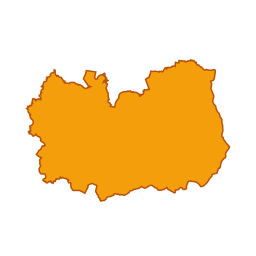 the district of Ixtlahuacán del Río, Jalisco, Mexico, rotated 278°
{"feature_id": "50627088B86535145989584", "entity_name": "Ixtlahuacán del Río", "entity_type": "district", "adm_level": 2, "iso_a3": "MEX", "parent_name": "Mexico", "parent_adm1": "Jalisco", "projection": "mercator", "projection_center": [-103.216, 20.904], "detail": "fine", "context": "isolated", "style": "filled", "palette": "amber", "viewbox_px": 256, "rotation_deg": 278, "n_neighbors": 0, "source": "geoboundaries", "source_scale": "gbopen_adm2", "svg_char_len": 5746}
<svg xmlns="http://www.w3.org/2000/svg" viewBox="0 0 256 256"><g transform="rotate(278 128 128)"><path d="M175.6,46.3L174.9,47.0L173.5,47.1L172.4,46.4L172.4,45.7L171.5,44.4L170.1,43.6L169.3,44.0L167.8,43.0L166.9,40.4L165.6,41.2L164.9,40.3L164.3,40.8L163.4,40.8L162.7,40.1L162.2,38.5L158.5,37.7L156.9,36.5L156.7,37.3L157.1,38.2L155.7,38.0L155.2,38.5L154.8,38.5L154.2,37.4L153.2,36.8L151.1,36.9L151.0,37.2L150.7,36.7L148.8,37.1L148.2,35.6L147.0,36.0L146.5,37.0L145.2,37.7L144.6,37.4L144.0,37.7L143.8,36.6L144.7,35.7L144.1,35.1L143.6,33.8L142.3,33.0L142.3,32.6L143.5,32.2L143.8,31.8L143.6,31.1L143.9,29.9L143.1,29.4L141.6,29.7L140.3,29.2L139.0,30.1L138.4,29.0L138.0,29.0L137.7,29.4L137.2,29.5L136.1,28.0L136.5,27.4L135.5,26.8L135.5,25.8L135.1,25.8L134.4,26.3L133.2,24.9L132.4,26.2L131.7,26.7L130.0,26.8L129.4,27.8L128.3,28.3L127.9,29.6L126.5,29.0L125.2,30.0L124.2,30.0L122.6,32.4L121.6,33.2L118.9,33.4L116.7,31.6L116.7,30.9L116.0,30.5L115.4,30.6L114.9,31.4L113.8,31.1L113.3,31.7L112.2,31.4L111.5,32.1L110.9,31.5L110.9,31.0L110.3,31.4L109.8,31.3L110.1,30.2L108.6,31.0L108.4,33.5L107.0,34.7L106.8,35.6L108.2,37.3L109.1,37.7L107.7,38.8L107.1,40.0L106.9,41.7L106.5,42.1L104.7,43.3L103.6,43.0L102.9,43.6L101.4,46.8L99.7,48.2L98.7,47.9L98.6,46.5L98.0,45.5L94.8,44.6L93.1,42.7L92.0,42.5L89.1,40.9L87.6,43.1L86.4,46.5L85.7,46.1L85.1,45.3L83.8,44.9L82.1,45.6L80.9,45.5L79.9,45.8L78.9,46.8L75.5,45.7L72.9,46.1L70.7,47.7L70.5,48.6L70.9,51.6L70.7,52.1L69.6,53.0L67.7,53.4L66.8,53.1L65.5,51.2L64.4,51.1L64.0,51.9L63.6,52.1L63.7,53.0L63.2,53.3L63.4,53.7L63.1,54.2L62.4,54.5L62.4,55.7L64.2,57.4L64.0,58.2L64.6,58.8L63.7,59.1L63.7,60.2L63.1,60.3L63.3,60.7L62.8,61.5L65.3,62.3L65.1,63.4L66.4,63.5L67.6,64.0L67.3,64.7L68.0,65.5L67.8,66.8L68.6,67.3L68.7,67.6L69.6,67.7L69.2,68.2L69.6,68.4L69.1,69.3L70.0,69.7L69.3,71.7L69.3,73.8L68.8,74.5L68.9,75.2L68.4,76.3L67.7,76.3L67.4,75.8L66.1,76.4L65.5,76.8L65.7,78.8L61.2,79.9L58.7,82.0L58.5,82.6L59.4,88.4L58.5,91.7L57.3,94.3L62.7,96.2L63.5,96.2L64.1,96.7L65.6,96.3L66.9,97.9L68.1,100.2L68.2,100.8L67.5,102.0L66.8,105.0L65.7,105.2L61.4,104.8L60.1,105.1L59.4,106.1L58.2,106.4L57.3,107.8L55.3,108.3L54.4,109.8L53.2,110.1L51.9,111.1L52.8,113.7L52.9,114.6L54.4,116.0L56.7,117.1L57.9,120.5L59.1,122.3L59.1,123.0L59.5,123.3L60.5,123.2L61.1,123.8L60.8,126.8L61.3,127.5L60.5,129.2L61.2,131.0L60.8,133.2L61.2,134.4L64.4,138.2L65.1,138.3L66.1,138.9L66.5,140.5L67.9,142.3L70.0,147.5L72.0,149.5L70.8,152.3L70.9,153.0L71.1,153.9L74.0,157.4L74.5,159.0L74.5,159.9L72.7,163.1L72.4,165.1L71.1,165.9L70.6,167.0L71.1,169.8L72.2,171.3L72.0,172.1L74.4,174.6L74.5,174.9L72.9,175.9L70.2,183.2L71.0,183.8L73.1,183.6L74.0,186.5L75.8,187.6L76.4,188.6L76.2,189.9L74.8,191.1L75.0,192.5L75.7,194.0L76.5,194.3L78.3,194.0L80.9,194.4L83.3,195.2L83.9,195.9L84.2,197.3L84.0,199.2L84.2,200.4L83.8,203.4L82.4,205.9L80.1,208.2L80.4,209.6L81.1,210.3L81.5,211.2L85.1,214.0L90.2,216.4L91.7,217.7L93.2,217.8L94.0,218.2L95.6,222.3L100.7,223.2L100.7,224.1L101.9,224.8L107.1,225.0L109.2,226.0L111.2,227.3L111.9,228.3L113.0,228.8L116.6,228.1L122.5,231.0L123.6,231.1L126.9,227.2L130.1,224.2L131.7,223.7L132.6,222.3L133.7,221.9L135.7,221.9L138.1,222.4L144.2,221.2L146.7,220.1L149.5,219.8L152.1,217.6L155.2,216.2L155.8,215.1L158.4,213.0L162.0,211.7L163.5,209.7L165.9,208.2L169.2,208.3L170.5,208.7L171.8,208.4L178.6,204.6L183.0,204.8L184.1,204.4L185.5,203.4L186.3,203.7L187.0,205.8L189.0,206.6L196.0,206.6L197.7,206.0L197.8,205.1L196.7,202.3L196.5,200.3L196.9,197.6L196.2,196.7L196.0,195.7L196.2,195.1L198.4,192.5L199.2,190.2L200.2,189.3L200.1,187.5L201.3,186.8L202.2,186.6L202.1,186.0L202.6,185.9L202.5,185.3L204.0,183.7L203.9,182.4L203.6,182.2L204.1,180.8L203.4,180.7L203.6,180.1L202.7,179.1L203.0,178.3L201.6,176.7L201.9,176.2L201.6,175.8L202.3,174.9L201.7,174.3L202.1,173.0L201.8,172.4L202.2,171.9L201.7,171.0L202.0,169.3L201.5,168.9L200.6,169.3L199.5,169.3L199.6,165.8L195.6,166.2L195.9,165.5L195.4,164.1L195.5,163.4L194.7,163.2L194.7,162.6L193.6,161.4L193.7,159.3L193.4,159.3L193.3,158.6L192.8,158.6L191.9,158.0L192.1,157.5L193.0,157.5L192.7,156.4L188.6,154.6L188.8,153.5L188.4,153.5L188.5,151.2L187.8,151.1L188.1,147.5L187.4,144.5L187.5,142.8L183.6,142.4L183.6,142.1L180.8,141.7L180.8,140.8L178.6,138.6L169.3,143.6L168.6,142.0L168.9,141.8L167.9,139.5L168.3,139.1L168.1,138.7L166.6,138.7L166.8,138.0L166.5,137.8L165.4,138.5L163.5,138.3L163.0,136.9L163.1,135.8L162.8,135.4L162.2,136.5L161.2,135.7L161.3,135.2L163.2,134.0L164.1,132.0L164.4,131.0L164.2,129.1L164.6,128.2L164.4,127.4L164.0,127.4L163.9,126.4L165.0,125.3L164.8,124.5L164.3,123.8L164.6,123.2L164.5,122.5L164.2,122.5L163.2,118.6L162.3,116.8L160.6,115.0L159.5,114.6L156.0,114.5L153.2,112.8L151.1,112.2L146.9,111.8L146.9,107.5L148.3,107.5L148.6,108.1L148.9,107.5L150.2,106.8L150.5,105.2L151.6,104.6L152.8,104.3L153.4,105.4L155.8,104.2L160.0,103.4L161.4,102.1L163.3,101.5L164.0,100.6L168.8,101.5L169.3,100.0L169.9,100.1L170.6,98.6L169.8,97.3L171.8,97.8L171.6,99.1L171.2,99.6L171.3,100.4L172.2,101.6L172.6,100.7L172.5,99.8L173.2,99.9L172.7,98.9L174.4,99.4L174.3,99.1L175.1,98.5L175.6,98.6L175.9,97.8L176.6,97.8L176.2,97.2L176.7,96.8L177.5,96.7L178.5,97.6L178.9,97.2L178.3,96.1L177.2,95.5L176.9,93.8L175.7,92.1L174.1,91.0L172.5,90.9L171.9,89.2L172.4,88.5L174.0,87.9L179.0,88.3L179.1,78.8L175.5,78.4L170.6,77.0L164.4,82.7L163.8,85.2L163.3,84.1L162.6,83.9L163.1,83.4L163.0,82.8L161.3,81.3L161.5,79.1L162.4,77.7L162.9,77.5L163.8,75.3L164.2,74.2L163.5,73.0L164.5,72.1L164.5,70.3L165.5,68.8L165.6,67.9L165.1,64.5L164.0,63.7L163.8,63.0L164.1,62.0L163.8,60.6L164.2,59.9L163.9,58.8L164.6,58.1L165.4,58.8L165.4,58.2L166.2,57.6L166.4,56.7L168.7,55.0L168.8,53.2L168.6,53.0L169.1,52.3L170.0,51.9L169.9,51.3L170.2,50.9L169.3,50.1L171.8,48.3L175.0,47.8L175.6,46.3Z" fill="#f59e0b" stroke="#b45309" stroke-width="1.5"/></g></svg>